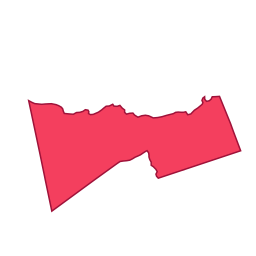 outline of Igarapé Grande, Maranhão, Brazil, rotated 71°
{"feature_id": "56859067B222723786922", "entity_name": "Igarapé Grande", "entity_type": "district", "adm_level": 2, "iso_a3": "BRA", "parent_name": "Brazil", "parent_adm1": "Maranhão", "projection": "equal_earth", "projection_center": [-44.85, -4.583], "detail": "fine", "context": "isolated", "style": "filled", "palette": "rose", "viewbox_px": 256, "rotation_deg": 71, "n_neighbors": 0, "source": "geoboundaries", "source_scale": "gbopen_adm2", "svg_char_len": 1357}
<svg xmlns="http://www.w3.org/2000/svg" viewBox="0 0 256 256"><g transform="rotate(71 128 128)"><path d="M185.3,115.7L186.2,28.9L165.2,29.5L157.4,29.6L127.9,31.2L126.8,35.2L125.9,38.2L127.8,40.0L128.7,42.3L128.4,45.0L125.9,46.1L123.4,45.4L124.1,47.5L126.0,49.1L128.4,48.9L129.8,50.2L131.8,55.5L132.8,59.4L135.2,64.1L134.9,67.2L131.5,68.1L131.2,70.5L130.5,72.5L129.3,75.3L128.7,77.9L129.2,80.4L128.6,87.4L128.4,92.1L127.8,96.4L126.7,100.8L123.2,104.5L121.6,107.4L120.9,111.0L121.0,115.1L117.9,117.6L115.5,118.5L114.6,121.7L114.4,124.9L112.1,126.1L109.8,125.3L107.5,126.9L104.0,128.3L104.0,131.1L102.8,134.1L100.6,134.7L101.1,138.5L100.3,141.6L101.3,144.5L102.3,147.0L103.4,150.8L103.8,156.4L103.1,159.2L101.5,160.6L99.8,159.7L98.1,160.0L96.8,162.4L97.6,165.1L97.5,168.4L96.6,171.7L97.2,175.2L95.3,179.6L93.5,183.5L91.0,183.7L88.7,183.5L86.7,184.2L84.4,186.2L82.5,188.4L80.1,192.5L78.4,198.3L77.5,201.9L74.6,208.2L72.4,210.6L69.8,213.0L82.1,214.5L124.0,219.7L147.2,222.7L149.3,223.0L181.8,227.1L166.3,177.2L158.1,150.1L157.1,146.4L157.6,143.5L158.5,139.8L159.0,136.8L158.6,133.8L157.9,130.7L157.7,127.7L157.4,124.9L156.6,122.0L156.0,119.7L155.6,117.4L158.3,116.6L160.5,117.0L162.2,117.6L164.8,117.7L167.8,117.2L170.8,118.2L172.9,116.6L176.1,115.1L178.8,114.6L180.7,116.6L182.9,116.7L185.3,115.7Z" fill="#f43f5e" stroke="#9f1239" stroke-width="1.5"/></g></svg>